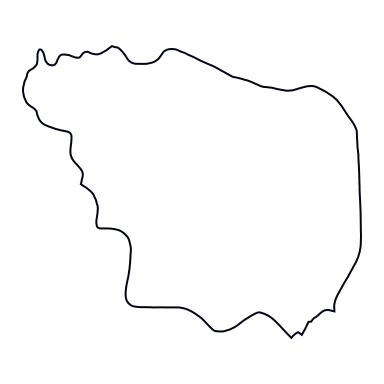 Thuy Nguyen, Hải Phòng, Vietnam (Natural Earth projection)
{"feature_id": "81297802B48433290328639", "entity_name": "Thuy Nguyen", "entity_type": "district", "adm_level": 2, "iso_a3": "VNM", "parent_name": "Vietnam", "parent_adm1": "Hải Phòng", "projection": "natural_earth1", "projection_center": [106.641, 20.943], "detail": "fine", "context": "isolated", "style": "outline", "palette": "ink", "viewbox_px": 384, "rotation_deg": 0, "n_neighbors": 0, "source": "geoboundaries", "source_scale": "gbopen_adm2", "svg_char_len": 5677}
<svg xmlns="http://www.w3.org/2000/svg" viewBox="0 0 384 384"><path d="M126.2,287.0L125.7,291.4L125.6,293.8L125.7,295.6L125.8,297.4L126.2,299.0L126.7,300.7L127.8,302.3L129.0,303.7L130.4,304.8L130.8,305.2L132.0,305.8L133.9,306.4L136.4,306.8L139.6,307.1L143.8,307.2L148.3,307.2L152.7,307.4L156.6,307.4L162.0,307.3L167.5,307.4L173.3,307.4L176.5,307.4L179.4,307.5L182.0,307.9L186.0,308.9L187.8,309.6L189.2,310.3L191.1,311.2L192.7,312.1L193.6,312.7L195.3,313.7L199.8,316.9L201.5,318.2L205.5,322.2L206.8,323.6L207.2,324.1L209.3,326.3L210.7,327.7L212.0,329.0L213.5,330.1L214.2,330.6L215.1,331.0L216.8,331.2L218.6,331.4L221.6,331.5L224.2,331.2L226.2,330.6L230.1,329.4L234.9,327.0L237.3,325.4L243.8,320.4L251.2,315.7L255.2,313.6L257.5,312.6L259.5,312.4L260.8,312.6L265.0,314.1L267.8,315.4L269.9,316.7L272.6,318.7L274.6,320.5L279.3,325.2L286.4,332.8L291.4,337.9L293.0,335.9L294.4,334.6L296.8,332.8L298.0,332.3L298.4,332.3L301.8,334.9L305.3,328.6L308.5,321.8L310.1,321.8L311.2,321.6L311.8,320.8L312.7,319.4L314.0,318.1L315.8,317.1L318.1,315.3L319.5,313.9L322.3,311.6L324.5,310.4L326.8,310.0L329.2,310.1L334.4,311.4L334.3,308.4L334.2,306.3L334.3,304.6L334.6,303.0L335.0,301.3L335.8,298.9L336.6,296.9L337.4,295.3L338.8,292.7L344.4,282.6L348.0,276.7L353.2,267.1L355.4,263.2L357.3,259.1L358.2,257.0L358.9,254.4L359.8,251.3L360.0,249.9L360.5,247.1L360.7,245.2L360.8,243.1L361.0,235.4L360.8,228.7L360.7,219.2L360.6,212.3L360.3,205.3L360.0,198.3L359.6,190.9L359.6,187.1L359.4,182.8L359.4,180.2L359.0,168.2L358.5,159.8L358.4,157.3L358.4,155.1L358.2,153.1L358.0,150.9L357.5,147.0L357.4,144.5L357.1,138.5L356.9,135.2L356.9,133.4L356.7,130.6L355.4,127.3L353.9,124.3L351.6,120.7L348.5,116.5L345.6,112.2L341.3,105.5L337.0,100.2L332.7,96.3L328.8,93.8L327.3,92.7L324.4,91.0L317.2,87.3L315.6,86.7L313.4,86.1L310.7,86.0L307.0,86.3L300.8,87.9L296.9,89.1L292.7,90.3L288.5,90.7L286.3,90.7L281.3,89.8L276.9,89.0L272.3,87.8L268.4,87.3L268.0,87.3L266.5,87.1L264.0,87.0L260.9,86.2L259.8,85.7L256.9,84.4L255.2,83.7L253.6,82.9L250.9,81.8L249.2,81.1L247.6,80.5L246.2,80.1L244.1,79.6L241.6,78.8L239.2,78.2L238.3,77.9L236.8,77.6L235.1,77.3L233.5,77.0L232.4,76.6L231.6,76.2L230.0,75.4L228.5,74.5L225.7,73.0L224.0,72.0L221.4,70.6L219.0,69.2L216.2,67.7L213.8,66.4L211.7,65.5L210.3,64.9L208.1,64.0L206.3,63.2L204.4,62.4L201.9,61.3L200.3,60.5L197.1,58.9L194.0,57.3L192.3,56.5L190.4,55.7L188.0,54.6L184.7,52.9L182.2,52.1L180.0,51.2L178.6,50.5L177.2,49.9L175.7,49.4L174.1,49.2L172.9,49.0L171.8,49.0L170.2,49.1L168.5,49.3L167.4,49.6L166.6,50.0L165.2,50.6L164.5,51.0L163.8,51.6L163.0,52.5L162.0,54.0L161.1,55.3L160.0,56.9L158.5,58.8L157.1,59.9L156.0,60.8L154.4,61.7L152.4,62.5L150.6,63.0L148.5,63.4L146.9,63.8L143.8,63.9L141.6,63.9L138.6,63.8L137.6,63.8L136.3,63.8L135.0,63.7L133.0,63.2L132.0,62.8L131.4,62.5L129.9,61.5L129.2,61.0L128.6,60.4L127.8,59.3L126.7,57.8L125.7,56.1L124.5,54.4L123.3,52.8L120.4,49.6L119.1,48.5L118.4,48.0L117.7,47.5L117.0,47.3L115.9,47.3L115.1,47.1L114.5,47.0L113.9,46.8L113.1,46.5L111.9,46.1L108.2,48.9L106.2,50.4L103.7,51.8L100.7,53.5L99.4,53.8L98.1,54.3L97.4,54.3L96.0,54.3L94.6,54.2L93.0,53.8L91.5,53.5L90.1,52.9L88.8,52.2L87.4,51.8L86.2,51.8L84.8,52.1L83.1,53.2L82.1,54.4L82.0,54.5L81.0,55.9L79.9,57.2L78.8,57.7L76.6,57.7L74.8,57.3L73.0,56.6L71.6,56.2L71.1,56.0L70.8,55.8L70.4,55.6L69.8,55.4L68.4,55.0L66.8,54.8L64.3,54.5L63.2,54.5L62.3,54.6L61.4,54.8L60.6,55.1L60.0,55.6L59.2,56.6L58.5,57.9L57.4,60.1L56.2,63.0L55.7,63.6L55.1,64.2L54.5,64.8L53.7,65.1L52.7,65.3L52.3,65.3L51.8,65.3L51.1,65.2L50.6,65.1L50.0,64.9L49.6,64.8L49.0,64.6L48.5,64.3L47.9,63.9L47.5,63.5L47.0,62.9L46.6,62.4L46.3,62.0L45.8,61.3L45.5,60.5L45.2,59.9L45.0,59.2L44.8,58.4L44.6,57.1L44.3,56.0L44.0,55.0L43.9,54.2L43.6,53.6L43.4,52.9L43.0,52.2L42.5,51.3L42.2,50.9L41.8,50.3L41.5,50.0L40.9,49.6L40.4,49.5L40.0,49.4L39.6,49.5L39.3,49.8L38.9,50.1L38.6,50.7L38.3,51.4L38.0,52.6L37.6,53.7L37.5,54.6L37.5,57.2L37.5,59.5L37.3,61.9L36.9,63.9L36.5,64.7L35.7,65.8L34.9,66.7L34.1,67.5L33.0,68.4L31.8,69.2L30.9,69.6L30.0,70.3L29.3,70.7L28.6,71.3L27.9,72.4L27.5,73.2L27.1,74.6L26.9,75.7L26.7,76.5L26.5,77.2L25.9,78.7L25.1,80.2L24.6,81.3L24.3,82.5L23.9,84.6L23.4,86.3L23.2,87.3L23.1,88.7L23.0,89.9L23.1,91.5L23.4,93.6L23.8,95.8L24.2,97.1L24.4,97.8L25.5,100.2L26.3,102.1L27.5,103.7L28.4,104.5L29.6,105.5L31.1,106.6L32.7,107.5L34.2,108.6L35.3,109.8L36.2,110.8L36.6,111.6L36.8,112.4L36.9,113.4L37.2,114.6L37.8,116.1L38.8,118.8L39.7,120.3L40.7,121.6L41.9,122.8L42.7,123.4L44.1,124.4L45.4,125.1L47.3,125.9L48.8,126.5L52.7,127.9L56.2,129.1L57.6,129.4L60.0,130.1L63.1,130.7L67.7,131.7L68.8,132.2L69.6,132.7L70.2,133.2L70.7,133.9L71.3,135.1L71.4,135.9L71.5,136.8L71.5,138.2L71.3,141.7L71.2,142.9L70.9,145.0L70.7,146.9L70.4,150.0L70.4,151.3L70.4,152.5L70.6,154.3L70.9,155.5L71.2,156.4L71.7,157.8L72.6,159.4L73.6,160.9L74.5,162.0L75.1,162.8L76.8,164.5L78.8,166.8L80.6,168.9L81.4,170.1L82.1,171.3L82.6,172.9L82.8,173.7L82.8,174.9L82.7,176.0L82.3,178.0L81.8,179.9L81.5,181.7L81.3,182.7L81.0,183.6L80.8,184.1L82.9,185.6L85.8,187.4L88.4,189.4L91.2,191.8L92.6,193.4L93.2,194.3L93.9,195.6L94.4,196.8L95.2,198.5L95.8,199.6L96.1,200.8L96.5,202.0L96.7,203.2L97.3,205.0L97.7,206.5L97.8,207.5L97.8,209.1L97.6,211.1L97.6,212.0L97.0,216.7L96.4,220.3L96.4,221.4L96.3,222.8L96.5,224.0L96.8,225.9L97.2,226.9L97.9,227.6L98.9,228.1L99.9,228.4L101.8,228.5L103.3,228.4L108.6,228.5L111.5,228.7L115.0,229.2L116.8,229.6L118.9,230.2L121.7,231.6L123.8,233.1L125.5,234.8L127.1,236.4L127.9,237.5L128.8,239.3L129.1,240.4L129.5,241.7L130.0,243.7L130.3,245.2L130.6,246.2L130.7,247.5L130.9,248.9L130.8,252.0L130.5,255.3L130.2,261.3L130.0,263.8L129.8,265.5L129.5,268.9L129.1,271.5L128.4,276.2L127.3,281.1L126.8,283.6L126.2,287.0Z" fill="none" stroke="#020617" stroke-width="2"/></svg>